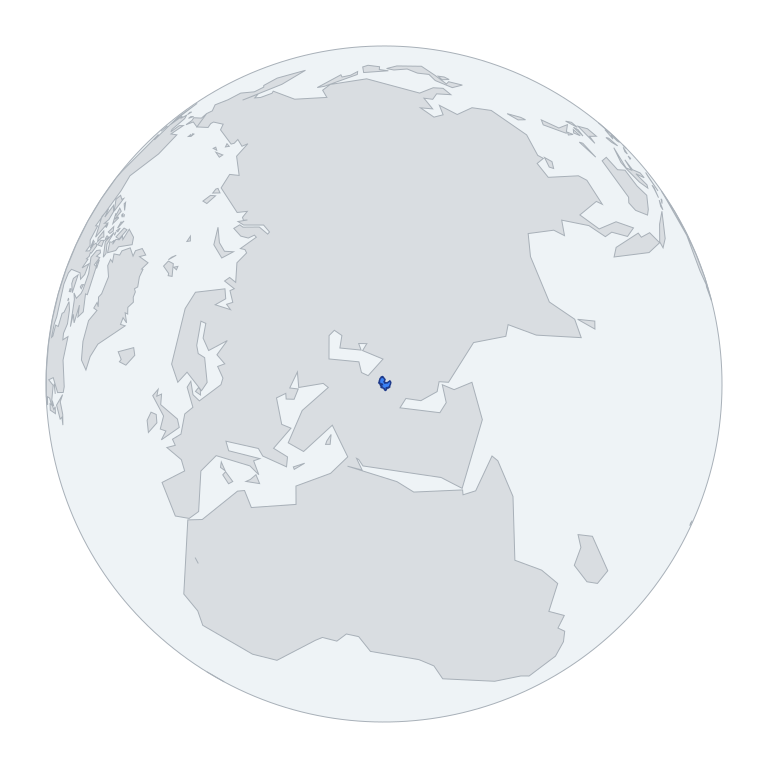 Markazi on an orthographic globe, rotated 307°
{"feature_id": "IRN-3231", "entity_name": "Markazi", "entity_type": "Province", "adm_level": 1, "iso_a3": "IRN", "parent_name": "Iran", "parent_adm1": "", "projection": "orthographic", "projection_center": [49.809, 34.588], "detail": "fine", "context": "on_globe", "style": "filled", "palette": "blue", "viewbox_px": 768, "rotation_deg": 307, "n_neighbors": 0, "source": "natural_earth", "source_scale": "10m", "svg_char_len": 12321}
<svg xmlns="http://www.w3.org/2000/svg" viewBox="0 0 768 768"><g transform="rotate(307 384 384)"><circle cx="384" cy="384" r="338" fill="#eef3f6" stroke="#a8b0b8"/><path d="M387.6,46.1L396.1,46.7L431.9,51.7L447.6,53.7L440.7,53.7L473.4,58.9L495.7,65.9L467.8,58.0L462.8,57.4L476.5,61.6L474.4,62.0L479.8,64.6L476.0,65.1L460.0,61.5L457.2,62.0L467.1,65.0L469.6,68.2L455.5,63.4L458.3,68.6L432.0,65.5L397.4,55.8L380.0,57.7L336.8,58.5L337.9,60.2L322.2,62.7L317.7,65.9L310.9,66.0L313.1,68.7L320.1,68.1L323.4,69.3L321.4,71.4L312.4,71.5L312.2,70.5L308.5,71.7L304.9,71.0L305.5,72.5L295.0,73.0L302.3,75.9L291.3,79.1L285.1,78.6L289.9,74.3L287.5,65.4L282.8,65.1L271.2,68.2L240.7,82.2L233.7,84.4L221.2,90.4L223.0,90.7L233.5,86.3L233.9,89.2L246.7,84.4L248.7,85.3L260.2,82.9L253.9,88.2L241.5,95.0L231.7,97.5L226.0,100.9L231.7,103.1L209.9,113.3L189.3,130.3L184.2,132.9L180.7,128.5L190.0,116.0L185.6,113.7L183.8,120.6L171.0,128.5L166.9,132.5L164.9,135.7L167.9,135.1L162.6,139.4L162.3,133.2L167.2,129.2L167.2,130.9L171.5,125.5L171.3,122.9L164.8,128.0L170.7,121.9L191.5,106.3L213.5,92.3L236.5,80.0L260.3,69.5L284.9,60.9L310.1,54.3L335.7,49.5L361.6,46.8L387.6,46.1ZM47.6,415.8L48.9,427.0L50.0,435.6L47.6,415.8ZM459.3,55.6L451.7,53.8L459.8,55.5L459.3,55.6ZM481.2,65.0L484.1,65.5L485.6,66.7L481.2,65.0ZM262.8,80.3L261.5,81.5L260.1,81.3L262.8,80.3ZM269.1,78.2L268.4,77.0L271.2,75.9L271.6,76.7L269.1,78.2ZM481.3,68.8L483.0,71.0L478.5,68.0L481.3,68.8ZM269.3,80.1L276.3,74.2L281.4,72.4L287.0,74.0L269.3,80.1ZM482.2,71.9L486.5,78.2L493.2,79.6L476.7,79.9L478.5,74.0L471.9,69.8L478.6,72.0L482.2,71.9ZM323.2,67.1L315.7,67.7L323.8,65.4L323.2,67.1ZM327.7,65.3L348.1,57.9L358.2,58.6L349.3,60.6L364.0,60.5L358.9,64.3L349.7,65.3L344.1,64.0L346.4,66.6L327.7,65.3ZM466.8,79.5L465.5,80.8L463.9,78.8L466.8,79.5ZM325.4,69.6L328.6,67.8L337.6,68.1L332.8,71.8L331.4,70.5L325.4,69.6ZM370.3,58.8L376.2,60.1L373.7,63.4L375.6,64.5L359.6,64.5L370.3,58.8ZM328.3,71.5L330.1,73.8L324.0,75.7L322.8,71.4L328.3,71.5ZM342.0,66.7L346.0,67.1L342.2,68.0L342.0,66.7ZM303.3,84.9L307.0,82.1L312.0,81.9L303.3,84.9ZM331.2,74.6L333.3,73.9L335.7,73.7L335.5,75.7L331.2,74.6ZM359.0,67.1L356.7,68.5L365.4,67.2L363.8,70.2L353.5,69.8L357.3,71.2L356.8,72.1L348.9,70.9L359.0,67.1ZM342.6,77.2L328.9,78.6L321.0,83.4L316.3,83.5L329.9,75.8L342.6,77.2ZM347.0,73.5L343.2,75.7L339.3,74.5L339.5,72.3L347.0,73.5ZM366.5,72.4L371.6,68.0L373.6,68.3L366.5,72.4ZM341.1,78.8L344.4,78.4L341.0,79.2L341.1,78.8ZM359.6,74.5L361.1,72.8L363.4,73.1L359.6,74.5ZM349.9,79.5L345.4,79.8L345.4,78.1L349.9,79.5ZM354.9,77.4L357.8,78.3L348.1,77.4L355.2,76.5L354.9,77.4ZM361.5,75.1L363.4,74.7L360.6,75.8L361.5,75.1ZM352.5,86.0L340.3,85.2L340.2,81.4L352.1,82.6L352.5,86.0ZM89.1,441.6L82.2,384.5L90.7,371.8L95.8,350.5L157.4,309.1L166.4,320.4L210.3,331.5L215.0,336.7L205.5,352.4L234.9,386.2L249.5,375.1L280.5,395.1L304.0,398.9L320.0,367.5L281.7,360.4L279.4,342.9L313.6,334.6L347.7,341.6L347.9,335.1L329.9,318.0L341.5,307.6L324.1,311.1L328.4,318.5L317.7,321.4L313.1,314.9L317.4,311.2L308.2,306.5L290.2,326.6L292.7,336.3L266.2,334.5L267.7,350.8L259.2,356.0L253.5,330.5L256.9,322.5L243.2,292.2L237.2,300.1L249.7,329.8L244.2,326.1L236.2,338.6L237.9,326.2L225.8,293.1L204.3,290.1L170.6,312.7L159.4,309.3L153.0,296.8L171.8,266.0L194.6,277.1L201.6,267.7L202.6,248.8L209.4,254.2L212.6,248.3L221.8,252.0L240.2,242.9L250.4,245.4L263.0,228.7L269.9,228.1L260.5,237.9L259.4,246.7L285.3,254.2L291.8,251.8L297.9,240.6L304.3,244.7L306.8,233.0L324.4,232.7L305.2,223.8L311.8,211.9L325.2,205.2L324.0,200.0L302.1,211.2L296.5,217.3L297.1,224.9L278.8,241.8L268.8,242.3L274.9,219.6L261.3,218.3L272.1,202.4L324.6,179.8L343.8,178.2L364.3,199.7L356.8,206.3L345.7,201.5L351.0,216.7L352.9,210.3L358.2,214.1L365.9,204.8L370.0,207.1L370.3,194.7L376.2,196.6L375.9,204.4L392.3,193.6L406.0,195.4L407.7,192.0L405.7,187.8L424.4,193.7L424.9,190.9L418.9,187.8L415.9,180.6L417.9,170.4L424.3,173.0L424.4,177.0L434.3,189.9L433.7,200.9L436.5,201.1L438.5,192.2L426.5,176.3L425.9,169.6L432.8,176.2L430.2,173.2L431.9,170.7L439.6,170.9L432.6,163.5L442.6,135.9L458.5,134.6L463.4,142.8L477.2,129.2L494.0,130.7L488.4,127.5L491.3,120.1L486.1,119.5L483.6,117.5L488.6,100.5L494.7,99.2L490.6,90.2L487.7,88.9L483.0,89.1L476.7,79.9L493.2,79.6L498.8,82.5L505.3,81.1L517.2,88.4L530.1,94.5L539.3,104.6L548.7,109.3L550.1,108.3L564.0,114.6L587.3,132.5L561.9,122.1L525.6,100.2L539.8,109.0L534.7,108.6L538.6,113.0L548.8,119.6L551.2,119.3L557.7,141.3L578.5,165.9L581.7,158.2L590.9,160.8L617.3,186.5L637.8,237.4L650.2,245.0L655.7,253.3L655.3,263.3L647.4,251.4L640.7,251.6L636.3,243.9L633.0,257.3L626.5,246.9L627.2,263.3L634.6,269.2L639.9,260.5L643.3,280.3L657.6,288.0L667.0,305.0L668.8,348.0L659.1,369.2L660.1,375.5L652.3,373.6L647.9,390.8L667.3,414.0L668.8,423.4L658.9,450.2L657.6,443.7L636.9,438.7L637.3,462.5L653.2,471.7L658.8,489.3L648.4,489.7L642.3,474.5L634.9,472.1L633.8,452.3L621.8,427.3L611.1,438.9L609.0,427.0L590.9,408.6L573.9,424.3L549.0,466.7L550.5,497.3L539.7,513.6L514.7,476.2L506.1,447.4L495.4,452.6L471.0,430.6L424.2,434.5L419.0,426.6L409.9,431.0L392.9,423.5L385.6,410.2L374.6,411.1L394.7,445.9L406.6,444.9L418.5,431.0L421.7,443.4L438.3,453.2L414.7,484.0L347.7,509.2L343.7,485.9L305.9,416.5L308.5,409.2L308.4,408.4L308.1,406.8L302.1,418.3L296.4,404.3L313.8,453.1L315.6,472.8L346.7,510.5L343.1,513.8L353.9,521.5L391.5,513.6L391.2,521.1L371.8,554.7L322.0,594.6L330.2,621.9L329.2,642.8L301.6,652.5L307.6,667.3L293.8,669.8L295.3,677.1L286.2,682.4L269.9,684.7L238.1,675.6L233.3,669.1L213.2,651.3L183.9,608.3L188.9,593.5L184.9,577.8L162.3,534.1L167.0,515.8L161.7,504.4L150.3,501.1L144.5,487.3L137.9,483.4L98.9,464.8L89.1,441.6ZM131.7,337.6L128.9,343.7L131.7,337.6ZM381.1,366.3L403.3,368.2L397.8,346.8L405.9,346.0L401.1,339.4L397.3,345.3L386.2,327.1L397.4,321.2L397.0,312.0L389.6,311.0L370.9,325.0L386.6,350.6L379.6,359.1L381.1,366.3ZM171.0,128.9L170.8,129.5L167.8,133.3L167.3,132.6L171.0,128.9ZM166.4,145.7L157.9,152.3L163.6,146.8L161.1,146.5L170.1,135.2L182.1,133.7L175.0,136.1L166.4,145.7ZM185.4,120.9L178.3,127.4L185.6,120.4L185.4,120.9ZM221.3,214.9L222.6,220.4L216.3,226.0L203.5,225.0L212.4,216.7L221.3,214.9ZM225.8,227.2L235.5,206.3L243.9,206.8L237.5,209.9L242.1,212.4L233.1,218.1L231.7,240.1L226.1,246.6L205.4,239.8L215.2,238.1L213.4,232.4L225.8,227.2ZM245.5,159.3L249.8,152.3L262.4,162.2L256.9,167.7L243.7,166.5L242.5,159.3L245.5,159.3ZM277.9,84.9L278.7,83.0L281.2,82.8L282.5,84.1L277.9,84.9ZM304.6,83.6L276.8,93.3L276.3,91.4L260.6,100.4L253.3,99.2L263.7,93.3L246.3,99.7L252.7,93.9L241.1,99.0L265.1,85.9L270.2,81.6L267.3,86.7L273.9,87.6L278.3,86.8L294.6,81.6L308.9,73.7L317.7,74.2L320.2,76.7L318.1,78.6L313.0,77.5L313.9,80.9L304.9,80.9L304.6,83.6ZM343.6,116.1L338.6,112.1L338.8,122.6L329.9,121.2L330.5,122.5L322.3,124.2L313.3,128.9L309.9,127.4L307.9,130.0L302.4,131.5L298.5,134.6L291.0,133.3L285.6,137.2L285.1,134.4L277.9,141.6L279.9,135.7L273.0,137.7L274.7,142.3L243.6,131.5L229.1,132.8L215.8,137.5L221.1,127.9L236.9,117.9L256.8,109.9L270.0,110.5L270.0,106.5L276.4,105.8L273.7,109.3L281.6,103.7L286.1,104.2L303.8,99.5L312.3,92.1L319.0,90.6L317.9,93.8L325.4,90.1L327.9,95.3L332.7,94.6L340.0,99.4L335.1,106.6L340.9,105.3L346.7,109.4L343.6,116.1ZM354.3,87.4L350.5,95.6L343.7,99.0L333.8,89.4L329.1,89.4L322.5,84.2L332.5,79.5L333.4,81.3L336.7,82.1L332.2,83.2L338.2,82.9L339.7,85.6L344.8,86.2L342.2,88.5L354.3,87.4ZM223.1,332.4L227.3,334.7L234.5,336.3L229.6,344.6L223.1,332.4ZM214.4,309.9L218.6,310.3L215.1,321.9L210.8,319.9L214.4,309.9ZM223.8,301.0L219.1,309.4L219.0,303.6L223.8,301.0ZM264.6,237.9L269.5,238.0L268.8,240.8L264.8,244.1L264.6,237.9ZM342.4,150.0L340.6,146.4L342.7,145.5L345.5,137.0L352.4,137.8L353.3,143.3L342.4,150.0ZM311.9,372.1L303.4,377.3L300.6,373.7L304.1,372.6L311.9,372.1ZM263.2,361.5L273.0,368.3L261.8,363.7L263.2,361.5ZM350.3,149.5L350.7,145.8L353.9,148.6L350.3,149.5ZM357.5,138.1L361.8,140.6L353.5,137.0L357.5,138.1ZM457.2,712.6L460.4,712.4L454.8,713.6L457.2,712.6ZM387.8,642.1L369.5,675.1L353.2,674.5L348.2,665.1L353.7,645.1L372.0,639.6L380.5,629.6L387.8,642.1ZM695.4,497.5L698.6,493.8L698.2,495.2L695.4,497.5ZM692.3,498.2L696.5,493.1L691.0,501.9L692.3,498.2ZM698.0,491.1L702.2,482.9L704.1,478.4L703.4,481.5L698.0,491.1ZM689.2,502.0L669.4,521.0L660.7,524.9L663.5,518.6L677.5,507.9L689.2,502.0ZM662.7,519.1L648.5,516.6L623.9,491.3L632.8,487.2L657.5,496.2L656.1,501.2L664.7,505.1L662.7,519.1ZM694.4,466.9L692.8,480.3L682.5,490.0L677.5,492.8L674.1,480.4L676.0,470.5L680.4,466.9L693.5,423.9L698.8,425.1L695.7,441.6L699.8,447.8L694.4,466.9ZM552.2,499.7L561.1,514.5L554.8,519.4L552.2,499.7ZM695.9,397.9L692.6,416.6L694.7,394.4L695.9,397.9ZM695.5,379.0L697.1,384.8L693.8,381.4L695.5,379.0ZM662.7,384.3L658.2,389.8L656.7,385.4L661.5,375.9L662.7,384.3ZM674.0,319.6L679.2,332.7L680.2,338.0L675.6,332.1L674.0,319.6ZM409.3,157.1L397.8,167.5L394.0,176.7L399.0,184.2L387.0,178.6L392.8,164.3L409.3,157.1ZM437.9,138.0L433.4,132.3L438.5,132.4L440.3,133.7L437.9,138.0ZM432.9,136.2L421.5,133.9L421.1,129.3L430.2,131.9L432.9,136.2ZM385.6,140.4L381.7,143.3L379.2,140.8L385.6,140.4ZM647.5,595.6L655.6,583.2L657.3,581.5L664.5,568.3L684.9,536.4L701.6,497.8L705.0,489.5L696.6,512.3L686.6,534.4L675.0,555.7L662.0,576.2L647.5,595.6ZM703.1,486.6L708.5,470.3L710.4,465.6L703.1,486.6ZM720.0,419.7L718.7,426.7L718.4,423.8L719.7,415.2L717.4,419.5L720.1,407.3L720.4,414.9L721.5,400.2L721.6,398.0L720.0,419.7ZM718.3,432.7L718.6,431.0L717.9,436.0L718.3,432.7ZM713.0,441.7L712.6,445.2L711.6,445.2L713.0,441.7ZM714.5,436.6L717.0,432.6L714.1,440.0L714.5,436.6ZM702.3,447.3L703.7,452.9L708.0,441.4L704.7,453.4L706.7,461.5L705.3,467.7L703.5,458.6L701.3,474.2L699.2,476.8L699.0,466.4L701.6,448.8L703.6,439.8L711.0,425.3L702.3,447.3ZM714.8,427.3L714.0,420.3L714.4,412.9L715.5,415.5L714.8,427.3ZM709.7,404.5L705.5,399.1L703.1,407.6L706.6,383.8L710.3,392.9L709.7,404.5ZM703.9,385.8L701.8,393.7L703.0,380.8L703.9,385.8ZM700.4,391.3L698.6,384.4L701.1,382.1L700.4,391.3ZM705.3,383.9L703.2,370.8L705.8,376.3L705.3,383.9ZM693.7,369.6L701.5,374.4L693.9,378.6L686.8,355.2L689.6,350.7L693.7,369.6ZM666.4,252.8L661.9,247.2L662.5,242.1L665.4,247.3L666.4,252.8ZM660.3,222.7L661.2,239.1L661.2,253.3L664.3,253.7L669.9,266.7L661.8,260.2L657.2,242.3L658.3,233.6L652.4,223.6L649.5,212.9L640.7,202.9L637.5,196.2L645.8,202.9L660.3,222.7ZM636.8,199.0L620.5,180.3L624.4,176.2L628.9,179.4L634.7,189.5L632.3,191.0L636.8,199.0ZM617.7,174.9L615.1,176.4L585.8,157.2L580.6,152.3L605.0,163.5L603.9,165.7L610.5,171.5L617.7,174.9ZM469.2,81.8L465.8,80.9L468.8,80.6L469.2,81.8ZM480.7,117.4L477.9,114.7L481.4,114.0L480.7,117.4ZM471.9,107.1L470.0,109.7L469.4,105.8L471.9,107.1ZM466.0,116.0L467.9,110.2L469.9,117.4L466.0,116.0Z" fill="#d9dde1" stroke="#a8b0b8" stroke-width="1"/><path d="M390.0,386.8L389.9,387.2L389.5,388.3L389.3,388.5L389.1,388.5L388.8,388.6L388.5,388.9L388.2,389.1L386.1,389.6L385.4,390.1L384.9,390.4L384.6,390.2L384.6,389.9L384.3,389.6L384.2,389.5L384.1,389.4L383.9,389.5L383.8,389.9L383.7,390.0L383.5,389.9L383.4,389.7L383.0,389.5L382.8,389.3L382.8,389.2L382.9,388.9L382.9,388.7L382.6,388.2L382.3,388.1L382.1,388.3L381.8,388.4L381.6,388.5L381.4,389.0L380.9,389.3L380.2,389.2L379.9,389.1L379.7,389.0L379.6,388.8L379.6,388.7L379.9,388.1L379.8,387.8L379.8,387.6L380.4,387.1L380.5,386.9L380.4,386.4L380.4,386.1L380.3,385.8L380.0,385.1L380.0,384.5L379.9,384.1L379.6,384.0L379.6,383.8L380.2,383.8L380.5,383.9L380.5,383.5L380.5,383.0L380.6,382.8L380.7,382.6L380.6,382.3L380.8,382.1L381.6,382.1L382.1,382.1L382.2,382.3L382.1,382.5L382.1,382.8L382.3,383.0L382.5,383.2L382.8,382.9L382.7,382.3L382.6,382.0L382.4,381.7L382.1,381.6L381.6,381.5L381.4,381.4L381.3,381.2L381.5,381.0L381.8,381.0L382.0,380.7L382.0,380.4L381.7,380.1L381.6,379.7L381.8,379.5L382.0,379.9L382.4,379.7L382.3,379.3L382.2,379.1L383.1,379.0L383.2,378.6L383.4,378.5L384.3,378.2L384.5,378.1L384.8,378.0L385.0,378.0L385.9,377.6L386.1,377.6L386.3,377.6L386.5,377.7L387.0,377.7L387.4,377.8L387.7,378.1L387.8,378.2L387.7,377.7L387.8,377.6L388.0,377.6L388.2,377.8L388.2,378.1L388.3,378.3L388.5,378.0L389.0,378.3L389.1,378.5L389.1,378.9L388.7,380.3L388.6,380.5L388.4,380.9L388.3,381.8L388.3,382.0L388.2,382.1L387.7,382.3L387.1,382.4L386.8,382.6L386.4,382.7L385.9,382.6L385.7,382.9L385.7,383.2L385.8,383.4L385.7,383.5L385.3,383.8L385.2,384.1L385.5,384.4L385.7,384.6L385.9,384.6L386.1,384.6L386.4,384.9L386.4,385.1L386.4,385.3L386.5,385.6L386.8,385.9L387.1,386.1L388.3,386.2L388.8,386.5L390.0,386.8Z" fill="#3b82f6" stroke="#1e3a8a" stroke-width="1.5"/></g></svg>